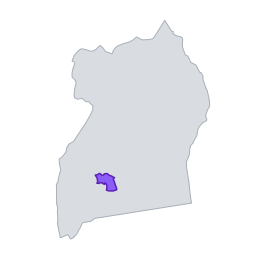 Sembabule on a map of Uganda (Robinson projection), rotated 351°
{"feature_id": "UGA-3077", "entity_name": "Sembabule", "entity_type": "District", "adm_level": 1, "iso_a3": "UGA", "parent_name": "Uganda", "parent_adm1": "", "projection": "robinson", "projection_center": [31.266, -0.042], "detail": "fine", "context": "in_parent", "style": "filled", "palette": "violet", "viewbox_px": 256, "rotation_deg": 351, "n_neighbors": 0, "source": "natural_earth", "source_scale": "10m", "svg_char_len": 2827}
<svg xmlns="http://www.w3.org/2000/svg" viewBox="0 0 256 256"><g transform="rotate(351 128 128)"><path d="M179.0,212.1L175.6,212.1L170.1,212.1L164.5,212.1L159.0,212.1L153.4,212.1L147.9,212.1L142.3,212.1L136.7,212.1L131.2,212.1L125.6,212.1L120.1,212.1L114.5,212.1L109.0,212.1L103.4,212.1L97.9,212.1L92.3,212.1L86.8,212.1L83.5,212.1L82.8,212.0L82.4,211.8L80.3,212.3L78.1,213.8L75.8,214.5L73.3,214.2L73.0,214.4L71.8,214.4L70.0,214.3L68.3,214.7L67.1,216.0L65.8,218.3L63.6,221.0L61.8,223.4L60.3,225.1L56.8,227.8L54.9,228.6L54.0,228.5L53.4,228.0L52.3,224.5L51.6,223.9L44.9,225.7L43.9,225.7L44.0,224.6L43.5,216.3L43.4,211.2L44.3,208.0L44.8,204.3L44.9,201.1L46.1,195.6L45.6,192.3L47.2,180.7L47.6,178.8L48.3,173.2L49.3,171.4L50.1,170.8L51.3,167.3L53.5,161.8L55.0,159.0L54.7,152.8L55.0,148.6L55.3,147.7L58.6,146.1L62.8,142.2L64.6,137.6L67.1,134.7L72.0,132.8L86.5,117.1L93.3,108.7L96.2,104.3L96.3,102.8L96.9,100.7L95.7,99.1L94.3,97.7L93.8,96.3L92.6,95.7L90.9,95.7L89.8,94.7L88.5,92.8L87.1,91.6L83.0,91.7L79.9,89.8L79.9,87.1L81.1,81.9L83.6,75.9L83.7,74.3L83.3,72.9L82.8,71.7L81.7,70.5L80.7,69.0L81.4,64.7L83.0,60.5L84.2,58.4L85.4,56.1L85.1,54.1L83.3,53.2L84.2,51.3L86.1,48.1L89.8,44.9L93.1,42.7L95.3,42.7L99.5,44.4L103.3,46.4L105.4,46.5L108.0,45.7L113.3,42.1L114.5,43.3L116.1,45.4L117.7,49.0L121.1,50.7L122.7,51.8L123.8,52.1L124.4,51.8L125.7,49.0L127.2,47.5L130.0,45.5L136.3,44.0L140.7,43.5L142.6,43.2L145.7,42.3L150.7,39.4L155.6,43.1L160.9,43.8L166.1,43.8L167.6,42.7L168.5,41.8L173.9,35.7L181.2,27.4L186.1,39.1L187.8,39.8L187.6,40.8L187.1,41.8L190.3,44.6L194.3,46.1L195.7,47.5L195.8,49.1L194.5,55.9L194.7,57.9L196.0,64.7L198.3,66.3L200.4,73.2L204.6,76.1L205.2,77.0L206.2,80.3L207.5,84.0L208.5,84.8L209.1,85.0L210.3,88.9L209.6,91.1L210.6,97.8L212.1,103.7L212.6,110.8L212.6,113.9L212.5,115.8L212.2,118.5L211.4,120.1L210.1,121.6L208.6,124.0L207.3,126.5L206.5,127.8L207.2,131.6L207.0,132.6L206.7,133.1L204.8,133.7L202.3,134.7L200.9,135.7L198.8,137.7L197.1,139.8L194.9,146.0L191.2,150.8L190.6,152.4L187.1,155.2L185.6,158.8L184.6,163.1L183.2,166.2L180.3,170.5L179.6,177.2L179.7,190.7L178.9,206.1L179.0,212.1Z" fill="#d9dde1" stroke="#a8b0b8" stroke-width="1"/><path d="M88.4,169.5L88.6,169.3L89.8,169.4L90.9,169.2L92.1,168.5L93.3,168.6L94.1,169.7L95.1,170.6L96.4,170.7L97.4,169.6L98.8,169.6L100.2,169.7L100.7,170.1L101.4,171.3L102.1,171.6L104.5,173.1L106.8,174.9L105.5,176.0L106.0,178.6L106.7,182.7L107.3,185.9L107.2,187.1L106.6,187.4L104.5,187.7L102.7,187.8L102.0,187.6L101.4,187.5L98.8,187.0L97.0,185.9L97.4,185.0L97.6,184.0L97.9,183.2L98.1,182.2L98.0,181.7L97.9,181.2L98.0,180.2L97.3,179.3L96.4,178.7L96.0,179.9L94.4,179.0L94.3,178.4L92.6,177.8L91.9,177.6L91.4,177.9L90.8,178.2L89.7,177.9L88.8,177.7L89.0,177.1L89.4,176.7L89.7,175.9L89.7,173.6L89.5,172.2L88.9,170.9L88.4,169.5Z" fill="#8b5cf6" stroke="#5b21b6" stroke-width="1.5"/></g></svg>